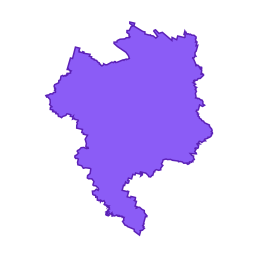 the district of Cowra, New South Wales, Australia, rotated 95°
{"feature_id": "25037944B9471741195126", "entity_name": "Cowra", "entity_type": "district", "adm_level": 2, "iso_a3": "AUS", "parent_name": "Australia", "parent_adm1": "New South Wales", "projection": "equal_earth", "projection_center": [148.827, -33.811], "detail": "fine", "context": "isolated", "style": "filled", "palette": "violet", "viewbox_px": 256, "rotation_deg": 95, "n_neighbors": 0, "source": "geoboundaries", "source_scale": "gbopen_adm2", "svg_char_len": 5799}
<svg xmlns="http://www.w3.org/2000/svg" viewBox="0 0 256 256"><g transform="rotate(95 128 128)"><path d="M233.7,107.2L230.0,106.5L229.2,106.9L228.5,104.7L226.4,102.9L225.7,104.1L224.7,103.6L224.1,104.8L222.2,103.7L222.0,104.2L214.6,102.9L214.8,101.6L213.9,101.4L211.0,104.3L208.8,104.6L207.7,107.2L206.0,109.4L206.1,111.8L206.8,112.0L207.1,112.8L205.5,112.5L205.2,114.1L200.3,113.2L199.7,115.4L198.3,114.5L196.6,114.5L195.9,119.1L197.2,119.4L196.6,122.8L191.2,121.8L191.0,123.0L191.4,123.1L190.6,128.4L185.4,127.5L185.6,126.4L182.0,125.7L183.2,124.1L182.7,122.7L180.6,122.3L180.4,123.7L177.9,123.2L178.4,120.0L173.8,119.1L174.1,116.9L172.2,116.5L172.8,112.3L170.6,111.8L170.8,110.4L174.7,111.1L173.4,109.6L170.9,109.9L171.4,106.3L173.4,103.8L174.7,103.0L174.8,101.2L173.0,99.9L173.0,99.2L169.2,98.4L169.3,97.6L167.9,97.4L167.0,96.1L167.5,93.8L166.8,91.7L165.2,91.9L162.2,90.0L161.5,91.2L160.5,91.6L159.4,90.8L156.6,90.2L155.6,87.4L156.0,85.9L155.6,82.8L156.3,80.9L156.5,75.2L157.2,74.8L156.8,73.0L157.1,70.8L158.2,69.5L157.8,66.0L158.5,66.1L159.0,65.2L157.9,63.6L157.3,64.2L156.4,63.8L156.6,62.0L156.2,62.0L155.9,60.4L154.8,60.9L153.6,59.2L151.6,60.3L150.3,60.2L149.7,62.1L148.0,63.8L147.8,57.6L147.1,57.8L145.7,59.5L143.4,58.4L142.8,59.5L142.1,59.3L141.9,58.4L142.2,56.9L141.6,56.3L138.9,56.1L138.8,57.2L137.8,57.9L137.2,56.6L137.4,55.2L136.2,56.5L135.0,55.8L135.2,54.4L136.0,53.3L134.4,51.5L134.0,49.7L133.0,50.8L132.5,50.7L131.2,47.5L130.2,47.4L130.3,46.1L129.1,44.7L127.7,44.1L126.6,44.4L126.3,43.4L124.9,43.6L124.4,44.7L123.2,44.0L121.8,44.5L119.2,47.0L117.9,47.2L116.1,52.3L114.6,53.3L114.2,55.1L113.0,55.7L112.0,57.7L110.8,57.9L110.0,59.3L108.0,58.9L107.9,60.1L106.6,59.9L105.5,61.5L104.3,61.3L104.0,59.7L103.2,59.4L98.8,58.7L100.0,55.6L98.6,53.7L97.6,55.5L95.1,55.7L93.7,56.8L93.6,58.1L92.3,60.0L92.7,61.1L92.1,61.8L92.1,63.3L90.8,63.0L87.5,63.9L85.5,63.0L83.7,64.4L83.1,63.6L82.1,64.3L81.5,63.4L81.1,64.6L79.7,65.9L78.5,64.5L77.4,66.7L77.3,66.3L76.3,66.6L76.1,65.7L74.9,66.5L74.4,65.5L74.7,64.9L74.2,63.2L72.7,62.5L72.3,60.3L68.8,57.3L68.0,57.5L67.9,60.0L67.1,59.7L67.0,59.2L66.6,59.7L63.8,59.6L63.0,60.8L62.7,60.0L62.1,59.9L61.9,60.6L61.7,59.8L61.1,60.0L61.0,61.9L59.4,63.8L60.0,65.8L59.6,65.9L59.2,64.9L58.8,65.9L53.9,68.5L52.8,69.7L52.3,69.6L52.1,68.0L50.4,67.6L50.5,66.7L48.9,67.7L46.8,67.8L45.5,66.8L39.5,65.7L40.1,67.4L36.3,66.7L36.0,67.6L36.6,67.7L36.5,68.2L35.5,67.8L33.5,68.6L32.7,68.0L31.4,68.1L29.9,70.2L29.9,72.6L29.1,74.0L29.5,75.0L28.9,75.8L29.3,77.3L28.9,77.3L28.4,78.6L27.7,78.5L27.8,79.1L26.5,79.8L30.0,80.4L30.2,79.2L32.7,79.2L33.0,79.6L32.0,86.5L35.8,87.2L33.9,92.0L37.0,91.9L29.7,102.1L31.0,105.5L27.8,109.1L28.4,110.4L29.2,110.8L34.2,106.4L36.0,108.1L34.1,110.9L33.9,113.3L33.3,113.7L33.6,115.1L32.8,119.4L30.8,119.5L30.5,121.7L25.9,131.0L23.0,130.5L22.3,135.4L23.8,135.3L25.5,132.3L26.1,132.4L26.7,133.7L30.7,135.2L31.0,137.5L33.0,137.4L34.5,135.0L36.3,135.0L36.8,134.0L37.8,134.3L38.2,137.6L39.5,139.0L40.3,143.8L41.9,146.4L43.3,146.5L43.7,149.4L45.0,149.3L47.8,145.6L52.8,136.6L55.9,133.9L58.6,132.7L59.7,134.8L60.0,135.5L59.5,135.8L60.4,137.8L60.9,138.0L60.5,138.8L63.6,144.8L63.8,146.0L63.0,146.4L63.0,147.2L64.1,148.1L63.8,149.9L66.8,154.4L67.0,155.8L66.2,157.7L66.8,157.5L68.4,159.4L67.9,160.5L66.9,161.0L66.8,162.1L65.6,162.3L65.0,163.9L63.5,165.1L63.0,167.7L62.4,167.6L62.0,169.8L61.6,170.6L60.3,170.4L59.9,172.8L57.9,172.2L57.4,178.5L56.3,178.4L55.9,179.7L56.9,179.9L56.5,183.2L55.8,183.0L55.5,183.6L52.7,183.0L52.0,187.4L63.6,189.3L63.3,191.4L75.0,193.7L75.0,192.9L74.3,192.5L75.4,191.7L76.1,189.6L77.0,190.5L78.1,190.0L78.6,190.7L78.9,193.5L80.0,193.7L80.3,192.9L81.6,194.5L81.0,195.2L82.1,196.6L81.3,197.6L82.3,199.3L86.0,199.6L86.7,201.0L89.0,201.0L91.2,204.8L92.7,205.3L94.2,204.7L94.7,203.8L95.3,204.4L96.2,203.6L96.8,204.4L97.8,203.4L98.8,203.4L99.2,205.4L100.6,206.0L100.7,208.4L102.2,210.2L102.2,211.5L102.8,211.8L102.9,212.6L104.3,211.7L104.1,210.6L106.5,208.1L109.9,207.6L111.5,208.1L113.5,205.7L114.2,207.1L116.3,207.1L116.6,204.5L118.1,204.5L117.8,203.7L118.3,203.8L118.7,201.0L120.0,201.2L120.1,199.1L122.5,198.3L122.6,196.7L123.5,195.1L122.2,194.0L120.9,191.0L119.1,190.0L119.7,186.2L121.4,186.5L121.7,184.1L121.1,183.6L124.0,184.0L123.1,182.2L124.1,181.6L124.4,178.5L125.2,178.2L126.8,179.5L128.4,178.7L129.5,179.3L132.6,179.1L133.4,173.2L136.5,173.7L137.2,171.7L138.1,171.9L138.7,167.7L142.9,169.7L147.1,168.1L150.0,168.4L150.8,167.4L150.8,166.1L151.7,165.8L152.1,167.7L151.2,170.3L151.7,173.0L153.7,174.5L154.9,176.4L155.7,176.6L157.3,175.1L159.5,177.0L160.1,178.3L161.6,178.5L162.9,177.5L162.7,175.8L163.3,174.8L166.5,175.3L169.0,174.7L169.6,170.9L172.0,169.0L171.3,166.7L171.5,162.4L172.0,161.5L176.7,161.8L178.9,164.1L181.3,164.2L182.0,162.9L181.8,159.6L184.2,157.3L187.8,158.0L188.4,157.2L188.4,155.1L190.5,152.4L191.5,151.9L192.7,152.3L191.7,154.2L193.6,155.8L194.0,158.0L197.2,157.3L197.7,156.5L198.0,154.4L199.8,154.1L199.4,152.7L202.6,152.2L202.5,151.0L202.9,150.7L202.3,149.4L203.9,149.0L202.6,148.3L203.4,147.1L202.5,145.6L204.4,144.4L206.2,145.1L206.8,144.0L206.5,143.4L207.4,142.6L206.3,142.4L207.5,142.0L207.4,141.0L207.9,141.7L208.1,140.7L208.8,141.1L208.3,140.1L208.6,139.7L209.9,139.5L209.7,139.9L210.9,140.1L211.5,141.0L212.0,140.6L213.2,142.1L213.3,140.1L214.3,141.1L214.1,141.7L214.8,141.3L214.5,142.4L215.7,142.5L215.2,141.4L216.7,141.9L217.2,140.0L216.7,139.3L216.0,139.8L214.8,139.0L215.3,138.7L215.1,137.9L214.1,136.9L215.6,137.0L215.4,136.2L217.1,136.2L217.0,135.7L215.9,135.5L216.6,135.2L216.8,133.8L215.7,131.6L216.3,131.1L216.0,130.4L216.7,130.3L216.8,129.2L216.1,128.7L216.8,128.1L216.4,126.6L217.4,126.1L216.8,125.5L217.6,124.7L217.5,124.0L219.0,124.5L220.2,124.1L221.5,125.3L225.1,122.5L225.3,120.8L226.2,120.0L228.4,113.0L230.3,112.8L233.7,107.2Z" fill="#8b5cf6" stroke="#5b21b6" stroke-width="1.5"/></g></svg>